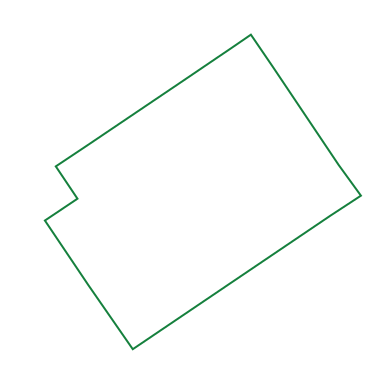 Clark, Wisconsin, United States of America, rotated 56°
{"feature_id": "52423323B98849496539352", "entity_name": "Clark", "entity_type": "district", "adm_level": 2, "iso_a3": "USA", "parent_name": "United States of America", "parent_adm1": "Wisconsin", "projection": "mercator", "projection_center": [-90.632, 44.728], "detail": "fine", "context": "isolated", "style": "outline", "palette": "green", "viewbox_px": 384, "rotation_deg": 56, "n_neighbors": 0, "source": "geoboundaries", "source_scale": "gbopen_adm2", "svg_char_len": 354}
<svg xmlns="http://www.w3.org/2000/svg" viewBox="0 0 384 384"><g transform="rotate(56 192 192)"><path d="M289.5,54.0L251.5,55.3L211.9,55.2L134.0,55.0L94.5,55.2L94.7,81.4L94.7,94.5L94.8,133.9L94.8,251.7L94.6,290.6L133.5,290.7L133.4,329.9L211.4,330.0L289.2,329.0L289.1,211.7L289.0,90.5L289.5,54.0Z" fill="none" stroke="#15803d" stroke-width="2"/></g></svg>